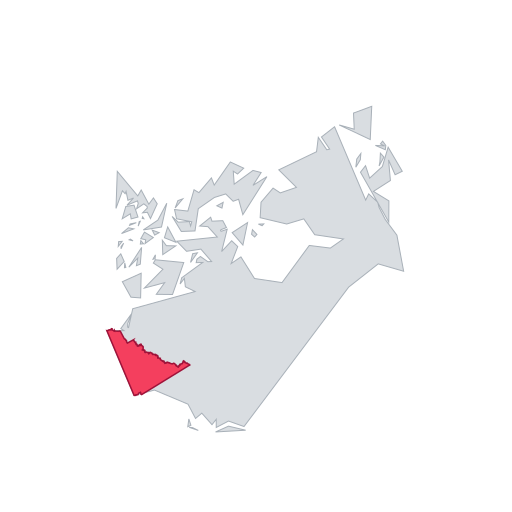 Yukon on a map of Canada (Albers equal-area conic projection), rotated 329°
{"feature_id": "CAN-636", "entity_name": "Yukon", "entity_type": "Territory", "adm_level": 1, "iso_a3": "CAN", "parent_name": "Canada", "parent_adm1": "", "projection": "albers", "projection_center": [-131.937, 64.827], "detail": "fine", "context": "in_parent", "style": "filled", "palette": "rose", "viewbox_px": 512, "rotation_deg": 329, "n_neighbors": 0, "source": "natural_earth", "source_scale": "10m", "svg_char_len": 8582}
<svg xmlns="http://www.w3.org/2000/svg" viewBox="0 0 512 512"><g transform="rotate(329 256 256)"><path d="M121.4,348.0L99.9,318.6L79.7,312.7L89.7,243.2L104.3,251.9L102.7,248.6L119.5,241.4L111.3,247.8L109.3,250.9L109.9,251.7L123.2,237.7L185.5,255.1L179.6,246.0L183.1,238.3L176.5,240.9L181.1,236.4L207.0,234.1L201.3,230.9L203.7,228.3L208.1,227.8L211.8,236.1L215.1,237.9L212.3,221.7L198.9,216.2L195.7,202.5L232.6,219.8L229.9,206.1L223.2,201.3L237.1,199.4L236.2,203.5L245.7,208.6L245.3,216.4L239.7,215.4L238.8,215.7L238.8,216.9L245.1,218.2L228.8,234.5L243.0,230.4L245.2,238.5L230.8,249.7L242.6,249.0L243.1,274.5L264.6,292.2L307.1,274.4L323.8,287.5L339.7,286.4L317.3,268.0L316.1,248.8L298.8,244.4L279.3,225.3L288.0,212.5L305.6,206.6L309.3,214.4L326.0,218.0L319.9,193.9L361.6,197.8L370.5,186.4L371.4,201.4L374.2,202.3L373.4,187.7L389.9,185.7L378.8,264.6L384.6,260.8L388.0,272.6L386.5,277.7L385.6,291.3L387.5,310.7L374.7,345.1L356.7,325.7L319.4,330.4L157.9,396.0L147.4,383.3L133.6,382.5L137.8,375.5L131.4,377.9L128.6,362.8L120.5,364.1L121.4,348.0ZM215.4,196.6L218.6,193.6L207.1,183.2L210.1,174.2L220.7,182.4L237.0,167.3L239.7,172.3L258.0,166.1L256.7,173.7L282.4,162.2L290.7,174.4L282.4,176.2L280.2,171.6L274.3,183.2L297.5,181.1L303.4,187.1L289.8,193.9L306.2,193.6L266.0,213.8L270.3,198.4L264.6,197.3L262.0,187.2L250.5,184.4L230.9,185.7L216.6,203.1L204.6,196.5L204.5,178.9L206.7,186.9L216.6,192.2L215.4,196.6ZM160.5,143.1L180.7,112.0L185.6,143.6L191.6,140.3L190.8,156.4L198.0,153.4L198.2,160.4L184.8,169.6L185.4,162.6L181.0,160.6L187.5,158.9L188.2,157.5L186.7,153.5L178.0,154.0L182.1,150.3L182.8,147.7L171.6,146.0L180.9,143.2L174.9,142.3L177.9,133.7L175.9,135.2L175.1,131.3L160.5,143.1ZM143.8,226.0L169.4,219.4L164.4,209.2L167.8,207.4L190.7,224.4L164.6,246.0L150.8,237.5L164.0,231.8L143.8,226.0ZM410.1,260.5L389.9,261.1L398.3,277.2L387.3,295.3L388.7,238.0L396.4,235.0L393.5,247.8L410.4,244.4L425.3,230.8L425.0,258.7L417.1,258.0L419.1,241.9L410.1,260.5ZM128.2,209.2L148.7,211.6L135.5,232.5L127.6,226.9L128.2,209.2ZM160.5,155.2L169.9,146.5L177.6,149.6L174.9,161.8L168.1,159.9L170.0,155.1L160.5,155.2ZM172.8,175.6L190.4,174.7L206.7,164.8L189.9,182.5L172.8,175.6ZM141.2,200.1L162.4,189.7L152.6,203.4L148.5,202.7L153.6,196.9L141.2,200.1ZM394.8,186.5L405.5,197.9L413.2,183.7L432.3,187.3L413.9,215.0L394.8,186.5ZM176.8,206.8L183.8,194.3L184.5,201.0L192.4,206.0L176.8,206.8ZM250.4,239.9L247.6,223.7L266.0,223.0L250.4,239.9ZM186.9,193.2L195.3,185.6L194.4,203.0L186.9,193.2ZM141.2,184.5L140.2,192.8L130.1,195.8L135.3,186.3L141.2,184.5ZM172.7,178.1L177.5,187.3L167.3,188.2L169.8,185.3L166.2,181.8L172.7,178.1ZM152.3,167.5L161.2,166.1L165.2,169.8L152.3,167.5ZM130.7,386.0L144.8,387.7L157.4,400.0L130.7,386.0ZM211.4,173.2L217.6,168.3L222.7,169.3L211.4,173.2ZM196.6,227.8L202.9,221.4L207.4,223.1L196.6,227.8ZM180.4,180.4L185.0,186.1L179.9,185.9L180.4,180.4ZM164.6,163.7L170.6,165.8L163.4,164.6L164.6,163.7ZM248.3,192.8L255.5,193.1L251.5,197.4L248.3,192.8ZM145.1,178.5L149.2,176.8L144.0,180.3L145.1,178.5ZM170.4,203.2L168.1,206.4L166.0,205.7L170.4,203.2ZM415.3,222.7L423.0,227.9L420.4,224.0L423.7,222.8L424.2,228.1L421.6,231.5L415.3,222.7ZM145.7,172.9L148.8,174.5L142.9,176.8L145.7,172.9ZM398.7,222.1L395.0,227.2L387.3,231.3L392.3,224.8L398.7,222.1ZM266.5,231.6L267.9,238.0L264.6,239.0L263.4,235.1L266.5,231.6ZM109.6,367.2L114.5,361.1L113.0,367.6L109.6,367.2ZM170.4,169.7L173.7,166.3L174.7,166.6L170.4,169.7ZM165.2,183.5L165.9,187.6L163.0,186.2L165.2,183.5ZM407.9,242.2L410.6,239.3L415.6,231.9L416.6,237.1L407.9,242.2ZM274.5,229.9L279.2,232.5L276.8,233.2L274.5,229.9ZM140.0,194.2L138.5,198.8L137.2,198.3L140.0,194.2ZM179.0,164.0L179.1,166.3L177.8,165.2L179.0,164.0ZM157.0,176.8L158.4,179.7L155.6,176.8L157.0,176.8ZM110.5,368.5L113.2,370.4L116.7,375.8L110.5,368.5Z" fill="#d9dde1" stroke="#a8b0b8" stroke-width="1"/><path d="M81.3,313.6L79.8,312.8L79.7,312.7L89.7,243.2L89.9,243.4L90.0,243.5L90.1,243.4L90.6,243.6L91.2,243.8L91.7,243.9L91.9,243.8L92.5,243.8L93.3,244.2L92.8,244.0L93.0,244.3L93.8,244.6L94.0,244.8L94.4,244.9L94.7,245.6L95.3,246.1L95.5,246.7L95.6,247.1L95.9,247.0L96.0,247.2L96.2,246.7L96.0,246.8L96.1,246.7L96.3,246.7L96.3,246.8L96.3,247.1L96.5,247.6L96.9,248.0L98.3,249.0L98.6,249.1L98.9,249.4L99.1,249.6L99.5,249.6L99.8,249.8L100.3,250.2L100.5,250.3L100.7,250.1L100.9,250.2L101.0,250.0L100.5,258.9L100.5,259.2L100.5,259.4L100.9,259.6L101.0,259.7L101.1,260.1L101.2,260.5L101.1,261.1L101.0,261.3L101.3,261.6L101.2,261.7L101.3,262.2L101.2,262.3L101.1,262.7L100.9,262.9L100.8,263.1L100.9,263.3L100.8,263.6L100.8,263.9L100.9,264.1L100.9,264.4L107.8,264.7L107.6,264.8L107.1,264.8L107.0,265.0L107.5,265.4L107.6,265.5L107.7,265.8L107.8,266.0L107.9,266.3L107.9,266.5L107.7,266.7L107.7,266.8L107.9,267.1L107.8,267.3L108.0,267.5L108.1,267.8L108.4,268.0L108.1,268.2L108.1,268.4L108.1,268.5L108.2,268.8L108.2,269.0L107.9,268.8L107.9,269.0L107.8,269.4L107.7,269.9L107.7,270.0L107.8,270.0L108.2,270.0L108.4,270.1L108.4,270.3L108.4,270.6L108.4,270.9L108.4,271.1L108.1,271.4L108.0,271.5L107.9,271.7L108.0,271.8L108.1,272.4L108.2,272.5L108.9,272.7L109.0,272.6L109.0,272.4L109.7,272.1L110.2,272.1L110.3,272.1L110.4,272.3L110.3,272.5L110.1,272.9L110.2,273.0L110.4,273.0L110.6,272.9L110.7,272.7L110.9,272.5L111.2,272.1L111.4,272.1L111.5,272.2L111.5,272.4L111.7,272.5L111.9,272.3L112.1,272.4L112.1,272.6L112.1,272.8L111.6,273.1L111.4,273.3L111.4,273.5L112.0,274.0L112.2,274.4L112.3,274.7L112.4,274.9L112.6,275.4L112.5,275.6L112.3,275.7L112.3,276.0L112.2,276.2L112.1,276.5L111.5,277.2L111.4,277.4L111.4,277.7L111.1,277.8L110.9,278.1L110.7,278.1L110.9,278.3L110.6,278.4L110.9,278.7L111.0,278.5L111.3,278.4L111.4,278.5L111.5,278.7L111.4,279.1L111.6,279.2L111.9,279.2L112.0,279.3L112.1,279.6L111.8,279.7L111.7,280.0L111.5,280.3L111.6,280.6L111.5,280.9L111.2,281.1L111.3,281.6L111.6,281.5L112.1,281.6L112.6,282.1L112.9,282.1L113.3,282.9L113.6,283.2L114.0,283.2L114.1,283.4L114.0,283.7L113.9,283.9L113.7,284.2L113.7,284.5L114.1,284.4L114.3,284.6L114.5,284.5L114.7,284.4L114.8,284.3L115.0,284.2L115.0,283.9L115.5,284.1L115.9,284.2L116.1,284.5L116.3,284.9L116.2,285.2L116.4,285.4L116.6,285.8L116.8,285.9L116.6,286.2L116.6,286.4L116.6,286.5L116.8,286.8L116.8,287.0L117.1,286.9L117.2,287.0L117.2,287.4L117.3,287.5L117.8,287.9L118.0,287.8L118.3,288.1L118.4,288.4L118.5,288.5L119.1,288.8L119.3,288.7L119.4,288.9L119.4,289.0L119.1,289.1L118.8,289.3L118.7,289.4L118.7,289.5L118.9,289.8L119.3,289.5L119.5,289.6L119.4,289.8L119.5,289.9L119.5,290.0L119.9,290.1L119.9,290.4L120.2,290.5L120.4,291.2L120.2,291.3L120.1,291.5L120.1,291.9L120.1,292.0L119.9,292.1L119.6,292.2L119.4,292.4L119.3,292.8L119.7,292.8L119.9,293.2L120.2,293.3L120.4,293.8L120.4,294.0L120.8,294.3L121.1,294.2L121.3,294.4L121.1,294.7L121.0,294.9L120.9,295.1L120.9,295.4L120.9,295.5L120.7,295.6L120.7,295.9L121.0,296.1L121.2,296.5L121.3,296.8L121.5,297.0L121.6,297.4L121.7,297.5L121.5,297.8L121.6,298.0L121.9,297.8L122.3,298.2L122.6,298.3L122.8,298.4L122.9,298.6L122.6,298.8L122.5,299.0L122.8,299.3L122.6,299.5L122.5,299.8L122.6,300.2L122.8,300.5L122.6,300.9L122.6,301.0L122.8,301.0L123.2,301.3L123.6,301.1L123.9,301.3L124.0,301.2L124.1,301.4L124.2,301.6L124.4,301.7L124.5,301.6L124.6,301.3L124.7,301.2L125.2,301.2L125.4,301.4L125.8,301.8L125.8,302.0L126.0,302.2L126.2,302.4L126.4,302.7L126.4,303.1L126.5,303.1L126.8,303.0L127.2,303.6L127.3,304.0L127.6,304.3L128.0,304.8L128.4,305.0L128.6,305.2L128.8,305.3L129.0,305.5L129.6,305.5L129.9,305.4L130.5,305.8L130.6,306.3L130.8,306.4L130.8,306.7L131.0,307.1L131.1,307.8L131.1,308.1L131.1,308.4L130.9,308.5L131.0,308.9L131.3,308.7L131.5,308.7L131.5,309.2L131.7,309.6L131.6,309.8L131.7,310.3L131.8,310.4L131.8,310.6L131.8,310.8L132.0,311.0L132.1,310.8L132.2,310.7L132.4,310.8L132.5,311.0L132.9,310.6L133.2,310.4L133.5,310.7L134.0,310.6L134.2,310.4L134.1,310.1L134.3,310.0L134.5,309.9L134.6,310.0L134.7,310.3L135.0,310.3L135.1,309.8L135.2,309.7L135.3,309.6L135.6,309.7L136.1,310.0L136.7,310.0L137.4,310.3L137.7,310.1L138.0,309.7L138.6,309.6L139.0,309.5L139.0,309.2L139.2,308.7L139.5,308.7L139.8,308.7L140.0,308.6L140.1,308.8L140.3,309.4L140.6,309.9L140.5,310.1L140.2,310.4L140.2,310.7L140.4,311.0L140.9,311.5L141.0,311.7L141.1,312.1L141.6,312.1L141.8,312.2L141.9,312.4L141.9,312.8L142.0,313.2L142.3,313.5L142.5,314.0L142.9,314.4L143.1,314.8L142.9,315.2L143.0,315.4L143.4,315.2L143.5,315.2L143.7,315.3L86.6,315.9L86.2,315.3L86.2,315.1L86.8,313.6L86.8,313.3L86.7,313.3L84.6,313.2L83.4,314.1L83.2,314.1L81.7,313.1L81.4,313.5L81.3,313.6ZM94.6,243.8L95.1,244.2L95.2,244.4L95.1,244.5L94.8,244.4L94.5,244.7L94.4,244.7L94.1,244.3L93.9,244.4L94.3,244.0L94.6,243.8Z" fill="#f43f5e" stroke="#9f1239" stroke-width="1.5"/></g></svg>